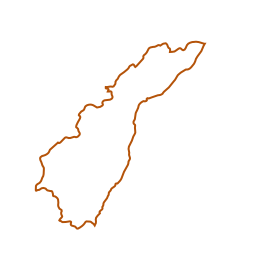 the border of Cajamarca, rotated 45°
{"feature_id": "PER-578", "entity_name": "Cajamarca", "entity_type": "Department", "adm_level": 1, "iso_a3": "PER", "parent_name": "Peru", "parent_adm1": "", "projection": "equal_earth", "projection_center": [-78.825, -6.177], "detail": "fine", "context": "isolated", "style": "outline", "palette": "amber", "viewbox_px": 256, "rotation_deg": 45, "n_neighbors": 0, "source": "natural_earth", "source_scale": "10m", "svg_char_len": 5142}
<svg xmlns="http://www.w3.org/2000/svg" viewBox="0 0 256 256"><g transform="rotate(45 128 128)"><path d="M103.9,44.6L105.4,42.9L106.8,41.0L107.1,39.5L107.7,36.0L108.3,34.8L109.4,34.4L110.8,34.4L112.0,34.0L112.6,32.6L112.3,30.9L111.1,27.7L111.0,25.7L111.6,23.8L112.6,21.9L115.1,18.9L117.3,17.2L122.2,14.6L122.7,14.1L123.4,16.6L125.5,21.8L126.5,28.3L127.2,31.1L128.4,33.4L129.1,35.4L129.3,36.2L129.7,40.1L129.7,41.3L129.6,42.4L129.2,43.7L128.8,44.4L127.9,45.4L127.5,45.9L126.2,51.2L126.0,53.1L125.9,54.4L125.9,55.6L126.2,56.8L127.2,60.6L127.4,63.0L128.2,70.4L127.8,76.8L127.9,78.1L128.0,78.6L128.2,79.3L128.1,79.8L128.0,80.4L127.5,81.7L126.6,83.0L126.3,83.3L126.0,83.7L123.3,89.2L123.2,89.4L122.0,92.0L121.8,92.4L121.6,92.6L120.9,92.9L120.7,93.2L120.6,93.5L120.7,94.1L120.7,94.3L120.9,94.5L121.5,94.8L121.7,95.0L121.8,95.4L121.8,95.9L121.2,97.1L121.0,97.3L120.9,97.4L120.4,97.7L120.1,97.9L119.9,98.2L119.8,98.5L119.6,99.0L119.3,100.4L119.2,101.4L119.3,103.5L119.7,104.6L120.8,106.4L121.1,106.9L121.4,107.9L121.7,108.5L122.6,111.2L123.0,112.1L126.6,116.9L126.8,117.5L126.9,117.8L127.2,119.0L127.3,119.3L127.5,119.7L127.9,120.1L128.6,120.7L129.4,120.9L129.8,120.9L130.5,120.8L130.9,120.9L131.5,121.4L132.7,122.9L135.1,124.9L136.5,126.2L137.0,127.5L137.8,130.3L139.7,134.2L141.8,140.5L143.2,142.4L146.2,144.5L147.8,146.3L150.3,147.6L151.1,148.3L151.4,148.9L151.9,150.8L152.0,151.2L153.4,153.0L154.0,154.2L156.2,161.9L159.1,168.4L159.5,169.9L159.7,171.3L159.8,174.5L159.6,175.0L159.3,175.2L158.9,175.5L158.7,176.2L158.9,176.6L159.6,177.6L159.8,178.2L159.7,179.5L159.4,181.0L159.2,182.6L159.9,184.5L160.0,186.3L160.1,187.1L160.8,188.0L161.6,189.0L161.9,190.4L162.8,192.4L163.5,197.3L163.8,198.3L164.2,199.0L164.8,199.6L165.3,200.4L165.6,201.5L165.7,202.0L166.1,202.4L166.5,202.6L166.9,203.0L167.2,203.7L167.2,204.3L167.1,204.8L167.0,206.7L167.1,207.1L167.4,207.7L167.7,207.9L168.1,208.0L168.4,208.1L168.5,208.9L168.5,211.3L168.9,214.0L169.9,215.5L171.3,216.6L172.5,218.0L172.9,219.2L173.4,220.5L171.9,220.2L171.3,220.2L169.5,220.5L168.9,220.5L168.2,220.6L167.5,220.9L164.7,223.4L164.4,224.3L164.5,225.0L164.8,226.6L164.9,228.1L164.8,229.9L164.4,232.2L163.8,234.4L163.4,234.9L162.9,235.2L160.8,235.1L160.1,235.2L157.2,236.8L156.5,236.9L155.8,236.7L155.3,236.2L154.6,235.1L154.2,234.7L153.6,234.7L152.9,235.1L150.5,238.4L148.4,240.7L147.6,241.1L146.2,241.3L145.6,241.8L144.8,241.9L144.4,240.8L144.3,238.2L144.2,237.5L144.0,237.1L143.5,236.8L142.4,236.4L141.5,236.0L140.6,235.1L140.2,234.4L139.9,233.6L139.3,233.2L138.9,233.0L136.6,233.5L134.3,232.8L133.1,231.9L131.5,230.0L129.2,228.1L128.5,227.8L127.5,227.6L125.9,227.7L125.0,227.9L124.4,228.2L123.4,228.9L123.0,228.9L122.7,228.7L121.4,227.6L119.4,226.6L118.7,226.6L117.2,227.8L115.1,229.1L114.1,229.2L112.8,229.1L112.6,229.1L112.4,229.2L111.4,229.7L110.4,230.4L110.1,230.9L109.6,231.6L109.4,232.3L109.3,232.7L109.1,233.9L109.0,234.3L108.9,234.6L108.7,234.9L108.5,235.1L108.3,235.3L108.1,235.6L107.4,237.3L107.1,237.3L106.7,237.1L104.0,234.2L103.7,233.6L103.6,232.4L103.7,231.6L104.2,229.7L104.3,229.1L104.2,228.4L104.1,227.6L104.0,226.9L102.4,223.4L102.3,222.9L102.2,222.3L101.7,221.4L100.9,220.2L98.0,217.0L96.8,215.8L95.1,215.2L94.2,215.1L90.8,213.4L88.6,212.6L87.7,211.9L87.2,211.5L86.9,210.9L86.8,210.3L87.1,208.4L87.6,207.7L88.1,206.7L88.7,205.4L89.1,203.9L89.2,203.2L89.3,202.3L89.2,201.3L89.0,200.6L88.2,198.6L88.8,187.8L89.5,187.7L89.8,187.5L90.1,187.0L90.3,186.5L90.4,185.4L90.3,179.6L90.5,178.9L90.9,178.3L91.9,177.7L93.2,177.0L94.3,175.8L96.1,172.4L96.8,171.8L97.7,171.3L98.1,170.8L98.4,170.2L98.6,169.5L98.6,168.6L98.6,167.7L98.5,166.9L98.0,166.2L97.5,165.8L95.0,165.1L93.4,164.0L92.1,163.9L90.9,164.1L90.2,163.5L89.5,162.3L88.5,159.5L87.5,155.9L87.2,155.1L86.7,154.2L86.0,153.7L85.4,153.6L84.8,153.8L84.3,153.8L83.8,153.2L83.6,152.7L83.3,149.4L83.8,147.6L83.9,146.8L83.9,146.1L83.6,145.4L82.8,143.6L82.6,142.9L82.7,142.2L82.8,141.3L83.3,140.2L83.8,139.3L84.6,138.3L85.2,137.7L86.1,137.1L87.3,136.5L91.6,135.4L93.4,132.7L93.9,130.7L94.0,129.9L93.7,129.2L93.0,128.8L92.2,128.5L91.7,127.8L91.5,126.9L91.5,126.1L91.7,125.4L92.0,124.8L95.1,120.9L95.4,120.3L95.6,119.6L95.8,118.9L95.7,118.1L95.5,117.5L95.0,116.9L94.3,116.5L93.0,116.0L92.0,115.3L91.7,114.9L91.3,114.5L90.8,114.2L90.3,114.2L89.6,114.5L89.0,115.4L87.9,116.5L87.6,115.9L87.6,115.6L87.4,115.0L87.1,114.6L86.5,114.4L85.6,114.7L85.1,115.1L84.6,115.5L84.0,115.5L83.3,114.7L84.2,113.9L86.1,111.3L86.7,110.7L87.3,110.2L87.8,109.9L88.4,108.8L87.9,105.9L87.2,104.9L86.5,104.2L86.4,103.9L86.2,103.3L86.0,102.6L86.0,100.7L85.8,100.0L85.1,97.9L85.0,97.1L84.9,95.9L85.7,91.3L86.1,87.2L86.1,85.9L86.0,85.4L86.0,85.0L85.6,84.0L85.5,83.3L85.5,82.9L85.5,82.6L85.7,82.0L86.4,79.6L86.7,79.4L87.2,79.2L88.1,79.3L88.7,79.5L89.2,79.7L90.0,79.7L90.2,78.2L89.7,68.4L89.4,67.6L88.9,67.1L88.4,66.8L88.0,66.2L87.8,65.2L88.0,63.4L87.9,62.2L87.8,61.3L86.5,57.1L86.6,56.1L87.0,55.0L88.4,52.9L89.3,51.9L89.9,50.8L90.8,48.0L91.4,47.4L92.1,47.1L92.6,46.9L92.8,45.8L93.1,44.1L93.5,43.2L94.8,41.4L96.1,41.3L97.1,41.5L98.8,42.3L99.8,42.6L100.3,42.6L101.2,42.3L101.7,42.4L102.3,42.8L102.9,43.3L103.9,44.6Z" fill="none" stroke="#b45309" stroke-width="2"/></g></svg>